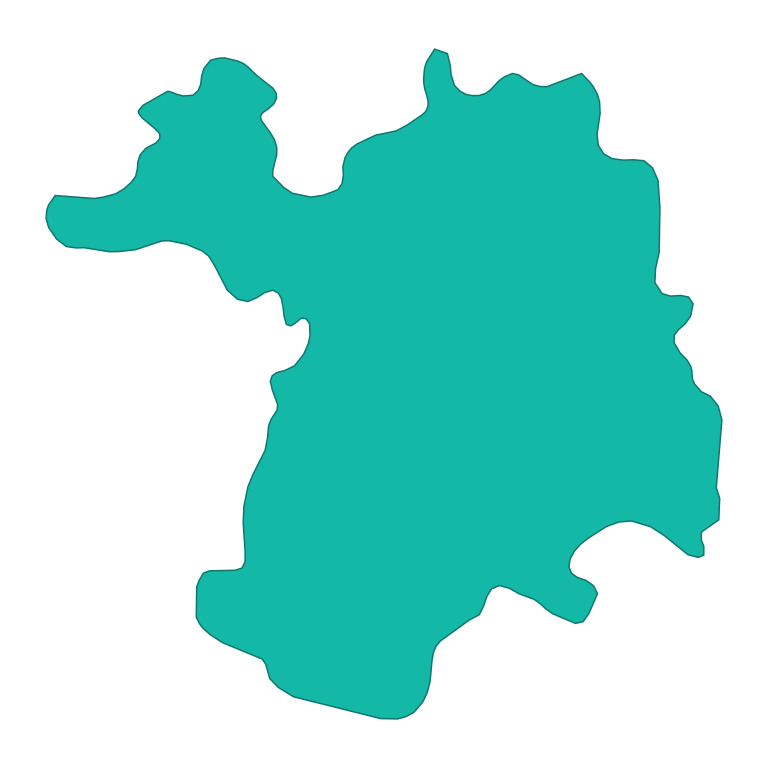 SVG path tracing the border of Sétif
{"feature_id": "DZA-2215", "entity_name": "Sétif", "entity_type": "Province", "adm_level": 1, "iso_a3": "DZA", "parent_name": "Algeria", "parent_adm1": "", "projection": "albers", "projection_center": [5.383, 36.112], "detail": "fine", "context": "isolated", "style": "filled", "palette": "teal", "viewbox_px": 768, "rotation_deg": 0, "n_neighbors": 0, "source": "natural_earth", "source_scale": "10m", "svg_char_len": 3192}
<svg xmlns="http://www.w3.org/2000/svg" viewBox="0 0 768 768"><path d="M75.9,247.9L66.2,246.5L56.6,239.0L48.7,227.6L46.1,218.6L46.7,210.4L48.5,205.1L55.2,195.5L94.3,198.5L103.4,197.1L115.6,193.8L123.6,189.1L131.4,182.2L135.7,176.2L137.4,168.9L137.8,161.9L140.1,155.0L145.7,148.4L156.1,142.9L159.9,138.3L159.7,133.7L155.2,128.9L142.1,117.9L139.6,114.6L138.5,112.7L138.4,111.3L139.3,109.8L143.0,105.3L167.6,91.3L169.2,91.5L172.1,92.4L177.1,94.4L183.5,96.0L193.0,95.2L198.2,90.6L200.7,84.4L201.7,75.8L203.9,68.5L210.6,60.2L218.1,58.3L224.7,57.9L238.0,61.1L243.6,63.6L247.9,66.9L256.1,74.9L272.9,88.2L276.1,93.1L276.6,98.0L274.1,103.6L269.0,108.3L263.2,112.4L261.9,113.6L260.5,116.4L261.3,120.3L270.4,132.9L274.5,139.8L276.8,147.5L276.7,154.8L272.8,170.5L272.8,176.3L283.9,187.6L292.2,193.2L310.9,197.1L323.1,195.3L337.8,189.8L342.1,183.5L343.4,174.5L342.9,166.6L345.0,157.8L348.3,151.8L351.7,147.9L357.2,143.9L375.5,135.2L396.2,130.9L406.7,125.3L421.8,115.1L424.7,112.5L426.3,110.5L428.0,106.2L428.1,101.4L426.8,95.3L424.9,89.6L423.9,83.9L423.6,79.0L424.4,69.7L425.4,65.2L427.0,61.2L434.6,49.1L447.4,53.6L450.3,65.8L451.1,74.8L454.5,85.5L459.9,91.1L466.4,94.6L472.4,95.6L479.1,95.5L485.4,93.5L490.3,90.0L499.2,80.6L504.4,76.8L512.4,73.5L518.5,74.8L532.7,84.5L540.0,86.5L546.9,86.7L581.6,73.5L590.1,82.4L593.2,86.6L597.3,94.1L599.6,101.8L600.1,113.5L597.1,134.1L598.2,145.1L603.8,153.9L612.0,158.6L622.9,160.1L633.7,159.8L644.0,160.7L652.5,167.9L658.0,180.3L659.9,207.3L659.2,252.1L655.5,268.9L654.9,282.7L662.0,293.5L670.5,296.1L680.7,295.5L688.5,297.0L693.1,303.8L690.6,316.3L685.3,323.7L679.0,329.2L674.3,335.0L674.1,342.6L680.0,352.8L686.9,359.9L690.6,366.0L691.8,370.3L692.4,379.0L694.6,384.0L701.2,391.6L710.3,396.2L718.2,406.0L721.9,420.0L716.3,487.6L719.7,498.4L718.8,519.8L701.9,531.7L701.2,534.5L701.5,540.5L703.8,546.3L703.8,555.1L698.3,557.4L687.8,554.6L663.9,535.3L650.5,526.7L631.7,521.0L618.8,522.0L606.5,526.5L588.0,538.3L580.0,544.7L574.2,551.4L570.1,559.2L568.9,566.7L571.5,573.2L577.2,577.4L586.2,580.5L593.7,585.9L597.5,593.7L589.0,613.3L583.1,621.7L575.4,623.4L552.6,613.7L545.8,608.8L539.9,603.4L534.0,599.3L519.1,593.8L509.6,588.4L499.4,585.5L491.5,588.9L487.0,596.2L483.6,606.0L479.3,614.7L469.2,620.1L440.4,641.0L435.9,646.4L433.3,652.9L432.0,660.8L430.1,681.4L427.2,692.7L422.7,702.1L414.0,712.3L405.7,716.7L397.7,718.9L380.8,718.6L293.6,696.8L278.4,687.5L269.8,678.6L265.7,664.2L262.2,659.1L222.9,642.8L210.5,634.9L202.7,628.0L199.6,623.8L196.3,617.3L196.7,586.9L198.9,580.9L203.3,573.2L209.5,570.8L235.0,570.3L241.9,568.1L245.0,562.0L245.2,552.2L243.2,523.2L243.8,507.0L247.9,486.8L252.8,474.8L265.1,450.4L267.4,438.6L268.7,425.4L271.2,419.2L277.2,409.9L277.6,404.3L272.4,390.2L270.3,381.2L272.2,375.8L276.7,372.6L285.1,370.4L294.5,365.8L303.8,354.0L308.3,343.7L310.0,335.6L309.6,323.9L306.1,318.7L301.2,318.2L295.2,323.2L290.8,325.9L286.4,324.4L284.2,316.8L283.1,307.5L281.3,298.4L278.4,293.1L272.8,290.2L265.1,292.4L257.1,297.5L247.9,301.5L237.5,299.3L227.3,290.1L214.1,264.7L208.6,256.0L202.3,251.0L186.5,244.3L170.6,241.0L166.5,240.7L161.7,241.0L135.1,249.8L118.2,251.6L109.2,251.7L84.2,247.7L75.9,247.9Z" fill="#14b8a6" stroke="#0f766e" stroke-width="1.5"/></svg>